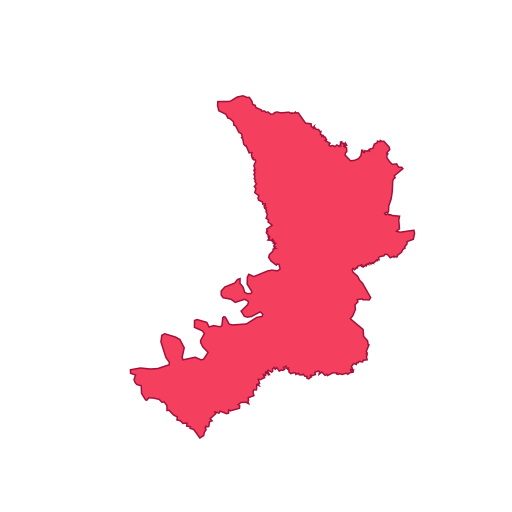 the district of Na Yia, Ubon Ratchathani, Thailand, rotated 237°
{"feature_id": "78962969B61476236421292", "entity_name": "Na Yia", "entity_type": "district", "adm_level": 2, "iso_a3": "THA", "parent_name": "Thailand", "parent_adm1": "Ubon Ratchathani", "projection": "mercator", "projection_center": [105.071, 15.065], "detail": "fine", "context": "isolated", "style": "filled", "palette": "rose", "viewbox_px": 512, "rotation_deg": 237, "n_neighbors": 0, "source": "geoboundaries", "source_scale": "gbopen_adm2", "svg_char_len": 6152}
<svg xmlns="http://www.w3.org/2000/svg" viewBox="0 0 512 512"><g transform="rotate(237 256 256)"><path d="M406.3,308.1L403.3,305.8L398.1,303.9L391.2,308.0L387.0,307.5L385.3,309.0L381.0,310.2L377.6,308.7L376.2,309.8L369.1,309.0L366.4,310.4L363.2,309.3L363.2,308.4L361.3,308.6L356.4,306.6L354.1,307.0L353.9,307.8L346.2,306.4L344.9,308.9L342.8,306.9L340.4,306.3L339.8,307.0L339.4,306.1L337.8,306.5L337.3,307.7L335.6,307.4L333.0,303.5L330.0,302.6L329.4,301.6L328.7,302.0L328.9,300.9L326.0,300.3L325.7,298.7L323.4,298.5L321.8,296.6L319.9,296.9L319.1,295.7L316.2,295.6L315.2,292.4L312.6,292.7L309.9,289.5L304.9,291.2L303.7,289.3L301.4,288.6L297.9,290.8L295.8,289.9L294.7,292.2L293.1,291.2L293.7,290.2L292.7,289.6L291.3,289.4L290.9,290.3L290.6,289.4L289.5,289.9L288.1,289.5L288.1,288.7L284.4,288.0L282.1,285.0L279.7,286.2L278.0,284.7L273.0,286.3L272.8,279.6L270.3,279.0L270.8,278.3L269.8,277.3L264.6,277.9L264.2,277.3L265.3,276.7L263.3,276.0L262.9,274.7L260.3,278.1L261.0,278.9L259.7,279.2L259.6,277.8L258.4,278.6L257.7,277.6L257.1,278.9L256.6,278.2L255.8,279.1L255.1,276.8L253.9,276.8L254.3,275.6L253.0,276.9L252.5,275.9L251.7,276.5L252.5,274.2L250.9,272.9L249.9,268.0L248.0,265.9L243.8,265.8L237.3,268.0L237.8,268.9L236.7,270.7L232.0,269.2L231.8,266.0L235.5,261.6L237.1,257.8L239.9,243.0L244.6,240.0L243.0,237.3L237.3,233.3L228.6,233.1L227.6,232.4L227.5,230.9L229.3,228.1L231.7,226.7L236.8,228.2L241.8,227.7L245.7,230.3L246.4,227.7L244.9,223.3L247.0,213.1L245.6,207.7L242.1,205.5L238.9,205.7L233.3,211.5L228.4,213.3L225.9,222.8L222.8,224.6L221.0,224.3L219.6,222.2L217.9,213.5L211.7,213.4L209.4,215.5L207.7,219.2L206.9,229.1L203.5,230.0L202.0,228.2L204.1,223.2L204.2,211.0L211.0,198.7L213.4,196.4L221.3,197.0L222.6,196.0L222.4,194.6L216.0,189.3L216.4,187.1L220.8,182.4L222.0,178.0L227.1,178.6L234.8,172.0L235.4,169.3L229.7,165.5L222.5,170.2L219.1,170.5L215.4,163.6L213.5,162.4L208.7,161.9L201.3,163.3L197.9,155.7L198.9,153.3L204.2,149.9L208.7,138.2L211.4,139.0L218.1,145.8L227.5,146.7L231.8,144.4L240.5,137.1L240.8,133.8L235.8,129.5L220.1,125.2L213.9,125.4L212.1,123.9L215.1,112.3L218.8,105.8L225.0,98.1L229.0,88.7L225.9,86.9L221.8,90.2L218.8,86.4L215.5,85.7L213.0,86.1L209.8,89.1L203.1,85.2L195.6,85.0L194.5,85.8L195.4,88.9L193.0,92.3L188.5,96.7L184.4,97.5L183.8,99.5L179.0,99.8L174.9,97.2L174.1,99.0L167.4,100.3L163.9,102.4L161.6,100.4L158.9,102.9L155.4,103.5L153.4,107.1L151.1,105.2L148.5,107.9L147.4,106.9L144.3,109.3L133.9,109.8L133.9,114.3L136.3,116.7L137.6,119.7L139.8,119.8L140.5,121.3L139.5,121.6L138.7,123.5L142.3,126.7L141.7,129.4L144.5,128.9L145.7,136.3L147.5,136.7L144.4,139.3L145.4,141.4L139.8,145.4L139.1,147.3L141.7,149.4L140.1,150.2L137.3,159.2L139.3,160.8L141.1,160.1L141.3,163.8L138.8,167.9L136.1,169.4L138.4,170.0L138.9,171.1L141.4,172.3L140.0,178.2L143.5,179.4L145.0,181.0L143.5,183.5L147.6,186.6L145.8,187.9L147.5,187.8L147.1,189.5L151.3,190.8L150.0,192.2L149.3,197.0L152.4,197.6L150.6,199.0L153.5,200.9L152.9,201.9L151.9,200.9L150.4,202.1L149.5,201.7L149.2,202.7L152.9,202.8L153.7,203.8L150.1,205.9L150.2,207.1L152.2,208.4L152.6,210.6L150.5,210.4L151.0,212.7L146.8,212.8L146.5,215.2L145.4,216.3L145.4,218.3L147.6,218.4L147.2,221.1L145.5,220.1L144.3,222.1L143.6,220.9L142.8,221.6L140.6,220.5L138.3,221.2L137.4,224.5L136.2,225.4L135.0,224.9L134.4,227.7L132.8,227.6L131.1,229.9L131.1,231.3L128.6,231.5L127.2,233.2L125.9,232.2L124.3,233.2L124.5,236.6L125.9,236.5L126.3,237.3L125.1,238.0L124.2,241.3L126.4,242.1L125.5,245.8L124.3,246.3L122.5,244.5L122.8,248.0L118.3,248.9L118.2,250.7L116.8,250.8L116.2,256.7L114.0,260.1L113.2,259.3L111.7,260.8L111.9,262.0L109.7,263.7L108.5,268.0L106.8,268.5L107.0,271.1L105.7,274.1L107.1,275.5L107.4,273.1L109.3,273.5L108.5,275.4L111.4,275.9L112.6,279.6L110.4,281.0L111.7,282.5L110.8,283.5L111.4,285.1L109.1,287.7L110.1,289.2L108.4,292.7L111.3,293.7L112.5,295.4L113.9,295.3L113.9,296.4L116.0,296.6L120.0,302.4L120.9,301.9L124.2,303.4L129.9,302.5L136.1,305.8L152.0,300.9L153.1,304.5L157.0,310.2L161.2,312.5L162.0,316.5L164.3,317.1L162.1,321.8L161.0,321.9L157.5,327.2L158.7,329.5L175.2,330.5L179.1,329.7L183.6,330.2L189.8,328.5L192.3,329.4L192.8,330.6L190.8,331.2L191.2,333.7L192.1,333.3L190.8,334.6L192.0,335.7L191.0,339.8L189.9,338.8L188.4,339.9L189.1,340.5L188.2,341.5L188.9,342.9L187.7,343.3L188.8,344.8L187.4,345.9L188.4,346.2L188.2,348.0L186.6,348.0L187.0,349.2L185.9,350.4L186.7,350.5L186.2,352.3L186.8,353.9L186.0,355.2L186.9,355.5L185.8,357.1L187.7,357.8L188.1,359.3L186.5,363.3L187.2,365.5L185.3,367.2L181.4,367.6L180.9,371.1L179.9,371.1L180.2,371.8L178.4,373.6L179.6,375.5L179.9,380.1L181.5,382.7L181.5,385.3L182.5,385.3L183.9,389.2L185.8,390.6L184.3,397.0L188.6,401.3L191.6,402.5L197.5,389.7L200.3,387.3L200.7,391.2L208.4,395.3L211.2,398.1L215.4,392.7L217.9,390.9L217.9,390.0L219.7,389.4L219.8,387.4L221.5,386.9L221.9,388.6L220.7,390.2L221.2,391.4L225.8,394.7L230.2,400.4L236.1,405.6L244.4,411.5L245.8,413.3L245.8,415.3L248.0,415.7L249.2,426.7L250.9,426.6L253.0,423.9L256.7,424.1L258.6,420.2L262.5,419.4L267.0,419.3L269.2,420.5L269.8,422.2L271.2,421.6L272.4,426.1L274.9,427.0L282.7,425.7L283.2,424.3L285.2,423.2L284.4,422.2L286.2,420.4L285.0,419.4L285.4,416.2L282.7,412.7L283.8,409.2L282.3,408.3L283.5,407.8L283.2,406.5L285.0,404.7L283.7,403.2L284.7,402.5L286.4,403.2L287.1,402.4L283.0,398.6L281.8,395.0L282.5,390.8L284.4,387.1L292.2,385.7L293.8,387.2L294.0,388.9L297.4,390.9L299.8,389.5L299.4,392.4L302.3,392.5L301.1,390.3L303.0,390.7L304.4,389.0L305.2,390.0L305.5,388.8L302.5,387.2L303.2,386.8L302.3,385.8L305.1,384.3L304.7,381.8L306.8,380.6L307.9,377.8L309.7,377.8L310.3,379.5L315.2,376.8L315.1,378.5L318.2,378.7L318.8,377.6L320.3,378.1L320.5,376.4L321.7,377.2L322.7,376.1L325.0,378.2L325.1,377.4L328.0,377.4L329.6,375.3L331.4,375.3L331.7,373.8L333.1,375.4L332.8,373.8L334.3,372.9L337.0,374.2L340.4,369.9L353.0,369.4L354.2,367.5L355.3,367.4L354.9,365.8L356.5,364.1L356.2,363.3L358.7,361.9L362.5,354.8L365.4,352.0L366.2,349.5L365.6,348.1L366.8,345.6L370.1,344.6L370.9,342.8L373.2,341.9L374.2,339.8L375.5,340.1L380.5,336.8L382.8,337.4L384.9,335.8L388.0,336.9L392.7,336.8L393.8,334.9L397.4,332.4L399.6,326.8L399.8,318.4L406.3,308.1Z" fill="#f43f5e" stroke="#9f1239" stroke-width="1.5"/></g></svg>